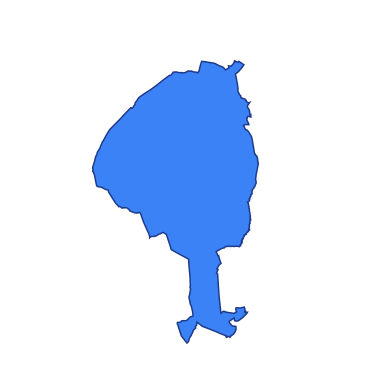 Cajvana, Suceava, Romania (Natural Earth projection), rotated 116°
{"feature_id": "2599482B15456779755419", "entity_name": "Cajvana", "entity_type": "district", "adm_level": 2, "iso_a3": "ROU", "parent_name": "Romania", "parent_adm1": "Suceava", "projection": "natural_earth1", "projection_center": [25.996, 47.715], "detail": "fine", "context": "isolated", "style": "filled", "palette": "blue", "viewbox_px": 384, "rotation_deg": 116, "n_neighbors": 0, "source": "geoboundaries", "source_scale": "gbopen_adm2", "svg_char_len": 6010}
<svg xmlns="http://www.w3.org/2000/svg" viewBox="0 0 384 384"><g transform="rotate(116 192 192)"><path d="M212.8,292.2L214.3,291.7L214.9,291.2L215.1,290.8L215.6,290.5L217.0,290.4L217.5,289.2L219.2,287.4L228.3,280.4L228.4,279.9L228.3,278.0L227.7,277.0L227.5,276.0L227.5,270.8L227.2,268.7L227.0,268.0L228.3,267.2L228.9,266.5L234.8,257.0L235.6,255.6L237.3,251.3L236.9,251.1L236.7,250.7L236.8,248.8L237.1,248.3L237.1,247.7L236.9,247.4L236.2,247.0L236.2,246.5L235.9,246.1L235.9,245.7L235.3,245.3L234.9,243.7L234.9,242.7L235.2,242.1L235.2,241.3L236.0,240.1L236.3,239.2L236.1,237.9L236.1,236.9L235.9,236.0L236.0,235.4L235.6,233.8L235.4,232.8L234.7,232.1L234.7,231.7L234.5,231.4L233.5,230.7L233.4,229.7L233.9,229.1L234.0,228.7L240.1,222.5L247.1,214.3L247.5,213.6L248.1,212.9L250.6,210.5L251.7,210.0L250.7,209.6L249.8,209.0L248.9,207.4L248.7,206.8L247.4,205.2L245.9,204.1L244.5,203.4L243.4,202.0L242.3,201.4L241.3,200.6L241.0,200.2L241.0,199.9L241.4,196.6L241.9,195.9L250.4,187.6L252.1,186.2L252.5,185.8L252.9,185.1L253.5,174.5L253.6,170.7L253.8,165.7L262.0,161.0L265.6,158.7L270.4,155.9L276.8,152.5L278.4,152.1L279.8,150.8L284.4,149.4L287.6,148.7L288.1,148.5L291.7,145.7L293.3,144.6L294.9,142.6L298.5,139.6L302.8,136.7L303.0,136.8L303.7,137.3L304.4,138.3L304.9,138.6L307.0,139.5L309.5,140.3L310.6,141.6L311.8,144.1L312.4,144.8L312.7,145.0L313.4,144.9L314.6,146.2L315.7,147.9L316.3,147.8L316.9,147.4L317.7,146.5L326.0,138.5L330.0,130.3L327.8,129.6L324.9,130.2L323.6,130.2L322.4,129.9L318.2,129.9L317.4,129.9L316.7,130.2L316.0,130.3L314.5,129.7L313.2,129.3L312.8,129.1L312.6,129.1L311.9,129.7L311.4,129.9L309.9,129.5L308.9,129.7L308.2,130.0L307.2,130.0L306.8,130.3L308.2,123.8L307.6,117.4L307.4,114.2L306.9,108.3L306.9,105.9L306.3,98.0L307.3,98.0L307.4,97.5L307.4,97.1L306.8,96.8L305.5,95.3L305.9,94.6L305.9,94.2L305.2,94.2L304.0,93.7L301.1,92.2L299.2,92.0L297.5,92.0L295.6,92.5L293.7,93.5L293.6,94.0L294.0,95.0L294.6,96.1L294.5,97.6L293.4,100.4L292.9,101.4L291.8,101.8L286.7,98.9L288.7,97.6L289.0,97.1L288.9,96.3L288.3,95.1L287.6,94.1L287.1,93.7L281.9,91.0L280.7,90.9L279.8,90.4L277.1,89.5L275.8,89.5L276.8,90.9L275.8,91.4L276.6,92.2L275.3,92.5L274.7,92.7L273.7,93.4L272.5,94.6L275.2,97.9L275.6,98.9L275.9,99.9L276.8,101.6L277.2,101.6L278.5,101.0L279.7,100.1L280.2,99.4L282.6,100.9L284.5,106.8L285.4,110.8L285.2,110.8L285.4,111.4L285.7,111.7L286.2,112.0L287.7,112.5L288.3,112.9L273.4,122.2L254.4,133.1L254.2,134.4L250.2,134.6L250.2,135.9L248.4,135.8L246.6,135.8L245.4,135.5L243.4,134.6L241.0,137.2L237.5,140.2L237.9,140.7L235.0,144.2L229.6,140.4L228.6,139.4L228.3,138.7L227.8,138.3L227.1,138.3L226.6,138.0L226.3,137.8L226.1,137.3L225.7,137.3L225.4,136.4L225.2,136.3L225.1,135.6L224.6,135.2L224.2,133.9L223.7,132.8L223.1,132.1L222.8,131.3L222.9,131.0L221.0,127.9L220.6,126.8L220.5,125.9L220.4,125.5L219.2,125.5L219.1,125.4L219.1,124.8L218.9,124.7L218.7,124.7L218.4,125.0L217.5,125.4L217.2,125.4L216.4,124.7L216.0,124.8L216.1,125.2L215.6,125.5L214.9,125.0L214.7,125.1L214.4,125.9L214.2,126.1L214.0,125.8L213.5,126.1L213.1,126.0L212.8,125.5L212.6,125.5L212.4,125.6L212.3,126.1L212.1,126.2L211.6,126.2L211.1,125.6L210.9,125.6L210.4,125.9L209.7,125.8L209.5,125.7L208.6,125.7L208.4,126.1L207.9,126.2L207.6,125.6L207.3,125.6L206.9,125.3L206.7,125.5L206.4,125.5L206.2,124.7L205.4,124.9L204.4,124.9L204.0,125.0L203.7,124.5L202.9,124.1L202.7,124.1L202.5,124.5L201.7,124.4L201.5,123.9L200.7,123.7L200.7,123.9L200.9,124.1L200.8,124.5L200.3,124.3L199.7,124.9L199.4,124.7L199.1,124.7L198.7,125.0L198.2,125.1L197.8,125.5L197.1,125.6L196.8,126.2L194.9,126.1L194.7,126.5L194.2,126.3L193.1,127.1L192.0,127.0L191.2,127.2L191.1,127.3L191.3,127.6L191.2,127.8L190.7,127.8L190.7,127.6L190.4,127.9L190.2,127.8L189.2,128.5L188.9,128.7L188.9,129.0L188.5,129.1L187.9,129.0L187.4,129.6L184.8,131.2L184.0,132.1L183.6,132.4L182.3,132.8L181.8,133.5L181.4,133.6L180.4,134.5L179.9,134.5L179.7,134.7L179.4,135.0L179.1,135.3L178.9,135.6L178.1,135.9L177.7,136.4L177.3,136.6L177.3,137.1L176.8,137.7L176.5,137.7L175.7,136.8L174.6,136.6L174.3,136.6L173.5,137.3L173.2,136.9L172.9,137.0L172.7,137.4L172.3,137.7L171.2,137.3L170.7,137.6L170.3,137.2L168.7,138.0L168.3,137.4L167.4,137.2L166.2,137.8L165.5,138.3L165.1,138.5L164.4,138.3L164.0,138.7L162.5,138.5L161.5,138.1L161.0,138.4L160.8,138.3L159.3,137.9L158.5,138.2L156.1,138.2L154.4,139.0L153.1,140.2L148.5,141.9L137.5,144.8L136.6,145.4L135.8,146.5L135.4,146.3L132.7,148.2L131.1,149.9L131.3,150.7L130.4,151.5L129.7,152.9L118.7,160.7L116.2,162.8L115.2,164.2L113.1,167.5L112.2,169.4L112.2,169.8L112.4,171.1L112.2,171.6L109.6,174.8L107.8,173.4L106.7,170.5L106.4,170.5L105.7,171.1L103.0,174.6L101.6,174.7L100.2,175.2L99.4,174.9L98.9,172.0L96.5,173.1L97.2,173.9L94.5,175.4L93.1,176.7L91.2,179.6L90.8,179.8L89.7,179.9L86.2,179.4L87.0,180.2L87.3,181.0L86.9,182.4L86.3,183.5L85.9,183.4L85.2,185.4L85.5,186.5L85.7,189.7L84.1,190.4L83.6,192.3L82.6,193.1L81.6,194.8L79.2,195.8L76.3,197.7L69.8,202.4L66.7,204.8L64.4,203.4L63.5,203.0L57.7,201.5L54.9,201.1L54.0,207.1L55.2,207.2L55.4,211.3L56.6,211.1L56.5,210.5L59.9,211.4L61.9,212.1L62.6,214.5L64.3,213.2L67.6,215.5L66.6,217.5L66.2,219.1L66.3,220.5L66.6,223.1L66.5,225.7L66.4,227.2L66.7,229.1L68.7,235.6L68.9,236.6L70.3,240.6L74.5,240.0L80.5,238.7L80.7,239.0L82.0,238.9L82.1,239.2L82.5,239.6L82.4,240.2L82.6,240.9L83.1,242.6L83.4,243.2L83.5,245.5L84.0,245.9L84.7,248.2L84.9,248.6L86.8,249.8L88.6,251.5L89.1,253.5L89.4,253.8L90.0,255.3L90.7,256.8L90.8,258.3L91.3,259.2L91.4,259.5L91.7,260.2L92.6,261.0L92.6,261.5L93.2,261.5L94.7,261.8L95.8,261.8L96.5,262.5L96.6,262.8L97.4,263.5L99.3,264.6L105.4,267.7L111.0,270.3L117.7,273.8L125.5,278.6L126.4,278.9L127.4,279.6L129.6,280.8L131.7,281.4L134.9,281.7L136.5,282.2L138.1,281.7L138.6,281.7L139.9,282.0L142.3,282.1L143.0,282.6L143.0,283.0L142.9,283.5L142.9,283.8L143.2,284.0L153.7,287.4L156.1,288.0L171.9,293.3L177.7,293.9L185.0,294.2L186.5,294.5L188.9,294.2L189.6,294.3L190.4,294.3L192.9,294.0L197.6,294.5L198.1,294.5L199.5,294.0L202.3,294.1L208.4,292.8L212.8,292.2Z" fill="#3b82f6" stroke="#1e3a8a" stroke-width="1.5"/></g></svg>